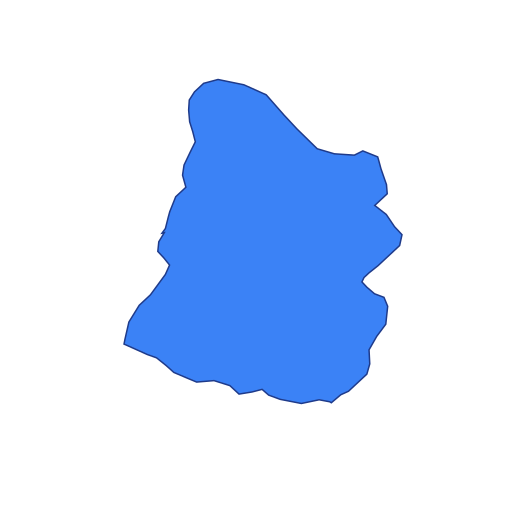 an SVG outline of Demir Hisar, rotated 47°
{"feature_id": "MKD-2897", "entity_name": "Demir Hisar", "entity_type": "Statistical Region", "adm_level": 1, "iso_a3": "MKD", "parent_name": "North Macedonia", "parent_adm1": "", "projection": "natural_earth1", "projection_center": [21.134, 41.256], "detail": "fine", "context": "isolated", "style": "filled", "palette": "blue", "viewbox_px": 512, "rotation_deg": 47, "n_neighbors": 0, "source": "natural_earth", "source_scale": "10m", "svg_char_len": 1172}
<svg xmlns="http://www.w3.org/2000/svg" viewBox="0 0 512 512"><g transform="rotate(47 256 256)"><path d="M266.5,99.4L270.6,101.5L277.4,105.1L292.8,111.9L300.0,117.6L300.0,126.7L300.0,134.7L314.5,132.4L329.0,134.7L340.0,134.7L346.3,143.8L346.3,157.5L346.3,173.4L345.4,184.9L345.4,191.7L347.2,196.2L354.4,196.2L364.4,195.1L373.5,190.6L382.6,194.0L394.4,207.6L397.1,222.5L401.7,237.3L412.5,246.4L418.0,255.5L418.0,265.8L418.0,280.6L415.3,288.6L414.7,301.0L412.9,301.5L404.2,307.9L394.8,323.4L377.3,336.1L366.4,341.6L357.7,342.5L352.7,351.7L345.4,362.6L333.0,363.5L318.5,371.7L307.7,385.4L297.5,390.0L285.1,395.5L274.9,396.4L262.6,398.2L253.9,402.7L240.8,408.2L230.4,412.6L227.5,408.6L217.6,394.0L212.4,375.0L212.4,359.7L207.7,334.9L203.7,325.4L194.4,324.7L185.7,324.7L179.3,317.4L176.4,307.2L175.2,309.2L174.1,303.5L167.7,293.6L164.8,288.9L157.9,274.3L157.9,260.4L146.8,254.6L140.4,246.6L135.2,233.4L131.1,222.5L121.8,217.4L112.6,213.0L103.3,205.7L96.4,198.4L94.0,189.0L94.0,176.5L95.2,174.3L101.0,163.4L122.5,148.1L145.1,138.6L171.9,139.4L191.0,139.4L219.3,138.1L234.7,129.0L249.3,115.3L252.0,106.2L266.5,99.4Z" fill="#3b82f6" stroke="#1e3a8a" stroke-width="1.5"/></g></svg>